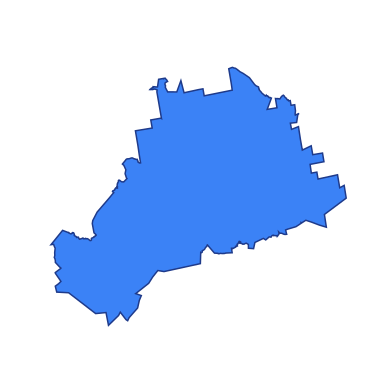 outline of Coyame del Sotol, Chihuahua, Mexico, rotated 80°
{"feature_id": "50627088B56827534885832", "entity_name": "Coyame del Sotol", "entity_type": "district", "adm_level": 2, "iso_a3": "MEX", "parent_name": "Mexico", "parent_adm1": "Chihuahua", "projection": "albers", "projection_center": [-105.311, 29.735], "detail": "fine", "context": "isolated", "style": "filled", "palette": "blue", "viewbox_px": 384, "rotation_deg": 80, "n_neighbors": 0, "source": "geoboundaries", "source_scale": "gbopen_adm2", "svg_char_len": 5863}
<svg xmlns="http://www.w3.org/2000/svg" viewBox="0 0 384 384"><g transform="rotate(80 192 192)"><path d="M133.2,73.0L134.2,76.9L133.1,76.9L130.1,76.0L123.9,75.7L123.8,79.4L119.0,79.4L119.0,81.1L118.5,81.4L118.1,81.3L118.1,81.6L117.8,81.8L117.6,82.3L116.8,82.6L116.1,82.7L115.5,83.5L115.0,83.8L114.6,84.1L113.1,84.7L112.5,85.3L113.4,87.2L115.6,89.3L115.6,89.6L115.1,90.5L115.2,90.8L114.9,91.4L115.0,91.8L114.8,91.9L114.8,92.2L114.4,93.6L123.8,93.7L123.7,103.6L113.3,97.5L112.4,98.8L112.6,99.5L112.4,99.8L112.2,99.9L111.4,100.1L111.2,100.3L110.8,100.6L110.9,100.9L110.4,101.0L110.1,101.7L110.2,102.0L109.9,102.2L109.6,102.2L110.2,103.1L106.8,105.9L106.1,106.4L105.4,106.6L103.5,107.9L102.4,107.9L102.3,108.2L102.2,108.3L100.4,108.2L100.0,108.3L99.1,109.7L98.5,110.5L97.0,111.7L89.4,115.6L84.2,120.9L81.7,124.1L80.7,124.8L79.9,125.6L79.8,125.8L79.6,125.8L77.7,127.7L77.4,128.4L77.3,129.0L76.3,130.4L76.4,131.6L77.0,134.4L92.0,134.5L98.7,134.7L99.4,163.3L92.3,163.3L92.3,167.7L92.9,182.6L80.4,183.6L90.8,189.6L89.2,198.6L88.8,198.7L84.4,200.1L83.0,199.7L82.7,199.8L82.3,199.6L81.5,200.0L80.0,199.6L79.3,198.4L79.3,198.0L78.9,197.4L78.9,196.9L77.3,197.4L76.2,198.2L75.3,198.6L75.3,198.9L75.5,200.1L75.2,200.0L75.2,205.3L82.5,207.7L82.5,208.2L82.1,209.9L81.7,211.0L81.7,211.5L81.5,212.0L81.8,212.1L82.1,212.5L82.3,212.4L82.3,212.6L82.5,212.7L82.6,213.1L82.6,213.4L82.8,214.0L82.9,214.3L83.4,214.7L83.4,214.8L83.6,215.1L83.6,215.5L83.8,215.7L84.0,214.7L83.9,214.3L84.2,213.7L84.3,212.9L84.1,211.0L84.8,209.6L85.5,208.6L87.3,209.2L114.3,209.3L113.9,209.7L113.9,220.1L122.1,220.1L121.9,237.1L136.7,237.2L146.7,237.5L154.4,237.6L154.4,238.4L154.3,238.7L153.6,239.5L153.3,239.6L153.2,239.9L152.7,240.0L152.4,239.9L152.1,240.0L152.0,239.9L151.6,240.1L150.3,240.3L150.3,241.1L150.0,241.6L149.9,242.2L149.4,242.5L149.3,243.2L148.4,244.3L148.0,245.1L148.0,246.3L148.2,247.0L148.3,248.5L148.1,250.2L148.4,251.1L148.6,251.4L149.3,252.1L152.4,255.7L153.9,254.5L158.6,253.3L159.2,253.5L162.0,254.6L162.5,254.7L166.8,254.1L167.5,253.7L170.2,257.5L170.0,258.0L170.0,258.6L169.7,259.5L169.1,260.2L167.9,261.2L167.6,261.9L167.7,262.2L168.2,262.6L169.0,262.6L170.1,263.6L170.4,263.6L170.7,264.0L171.3,264.1L171.5,264.3L172.6,264.5L172.8,264.6L173.2,264.8L173.3,264.9L173.8,264.6L174.0,265.2L174.4,265.2L174.9,264.7L175.2,264.7L175.3,265.0L175.0,265.9L174.7,266.3L175.4,267.2L176.2,267.5L176.3,267.8L176.6,267.9L177.2,269.9L177.6,270.0L177.8,270.2L179.1,269.2L180.4,270.9L183.1,274.0L195.3,288.9L202.9,294.7L205.8,295.7L215.2,295.6L217.3,294.0L217.6,294.2L218.1,294.1L218.1,294.5L218.2,294.8L218.7,295.0L219.1,296.4L219.5,296.5L219.5,296.9L219.8,297.5L220.1,299.0L220.4,299.2L221.7,299.3L222.2,299.9L222.2,300.7L222.1,300.9L220.6,302.1L219.8,303.1L219.7,303.5L219.8,303.9L219.2,304.8L219.5,305.1L219.3,305.5L219.4,306.4L219.1,306.7L219.1,307.0L218.5,307.2L218.4,307.4L218.4,307.9L218.6,308.0L218.7,308.4L218.8,309.8L219.0,310.6L219.0,311.0L218.9,311.1L218.3,311.2L217.8,311.7L217.3,311.7L217.0,311.6L216.7,311.8L216.6,312.0L216.6,312.9L216.8,313.4L216.4,313.7L216.1,313.6L215.8,313.8L215.4,314.2L215.2,314.7L214.7,315.0L214.5,315.4L214.1,315.5L213.5,315.2L212.0,315.5L211.5,315.8L211.2,316.7L211.3,316.9L211.8,316.8L212.0,317.9L212.2,318.3L212.1,318.8L211.7,319.4L211.1,320.0L210.5,320.4L210.7,320.7L210.3,321.1L207.3,326.1L219.4,340.0L219.5,337.4L222.4,336.9L223.5,336.5L228.0,337.8L230.6,338.1L232.6,339.0L233.7,338.6L235.9,338.5L237.6,338.8L242.7,335.5L244.2,334.3L244.4,334.4L247.6,340.7L248.1,340.7L248.7,340.5L257.3,336.6L259.1,339.2L261.0,343.0L267.1,342.6L269.8,331.0L295.0,308.0L295.8,297.6L308.8,297.4L300.9,285.8L297.9,283.5L306.2,279.2L307.6,277.7L304.8,275.7L296.8,265.7L289.6,262.7L285.2,259.9L282.3,265.1L274.4,250.5L268.9,245.5L263.4,239.3L265.5,233.4L264.0,196.2L253.0,193.9L253.4,193.4L253.4,193.0L253.0,192.4L252.2,192.1L251.8,192.2L251.7,191.9L251.4,191.6L251.3,190.9L250.7,189.7L250.3,189.3L249.7,188.9L248.7,187.9L248.3,187.1L248.0,186.9L247.8,186.7L247.5,186.6L246.9,186.3L246.8,186.0L256.1,180.5L256.9,177.1L257.2,177.0L257.4,176.7L257.4,176.3L257.5,176.1L257.5,175.4L257.3,175.0L257.4,174.4L257.9,172.9L257.9,172.1L258.1,171.6L258.0,171.4L258.2,170.5L258.0,169.4L258.8,163.0L254.3,162.9L254.3,162.3L254.8,162.0L254.9,161.8L254.5,161.2L254.6,160.9L254.5,160.4L254.2,160.1L254.1,159.5L254.0,159.0L253.6,158.5L253.3,158.5L253.4,158.0L253.1,157.9L253.2,157.7L253.0,157.4L253.1,157.2L252.9,157.1L252.9,156.9L252.7,157.0L252.6,156.9L252.4,157.0L252.1,156.9L252.4,156.7L252.2,156.5L251.7,156.2L251.0,156.1L250.9,156.0L250.5,155.3L250.3,155.3L249.7,154.7L248.9,154.3L248.9,153.7L249.3,153.5L249.6,152.8L249.8,152.8L250.5,153.6L250.8,153.7L250.9,153.3L251.1,152.6L251.4,152.0L251.9,151.5L251.9,151.3L252.1,151.2L252.3,150.8L252.2,150.3L252.3,150.2L252.4,149.7L251.9,148.4L251.9,147.4L252.0,147.1L252.3,146.9L252.9,146.2L253.1,146.0L253.5,145.6L257.2,146.2L258.5,141.2L252.6,138.8L250.1,129.8L252.0,127.7L249.7,123.9L249.7,123.3L249.9,122.5L250.1,122.3L249.9,121.9L250.0,121.8L249.5,121.4L249.2,121.2L248.9,120.8L248.8,120.6L248.8,119.8L248.6,119.6L249.2,119.2L249.2,118.8L249.1,118.6L249.2,118.2L249.4,117.7L249.5,117.1L249.9,116.5L249.7,116.1L250.0,115.7L249.8,115.5L249.8,115.3L250.2,115.4L249.9,115.0L249.5,114.9L249.2,114.3L248.7,113.8L248.5,113.7L248.2,113.6L247.8,113.6L247.0,113.4L246.6,113.6L246.4,113.6L247.3,113.0L247.7,112.6L247.9,112.4L248.0,112.1L248.0,111.6L248.3,110.7L249.4,109.1L249.8,108.3L250.0,107.4L250.1,106.1L245.6,106.4L245.2,104.3L244.2,95.6L241.7,89.8L241.0,89.9L241.4,89.1L239.6,84.8L242.5,79.4L246.7,72.3L250.0,65.8L237.1,65.5L224.8,41.2L211.9,41.0L213.5,45.8L200.3,45.7L201.1,65.6L194.1,65.6L194.1,71.2L185.3,70.9L185.1,56.8L176.3,56.7L176.2,66.6L167.2,66.6L169.9,76.1L168.9,76.1L168.7,75.9L167.8,76.1L159.0,76.1L146.1,75.8L147.6,83.1L141.3,83.2L141.7,76.9L134.3,74.4L133.2,73.0Z" fill="#3b82f6" stroke="#1e3a8a" stroke-width="1.5"/></g></svg>